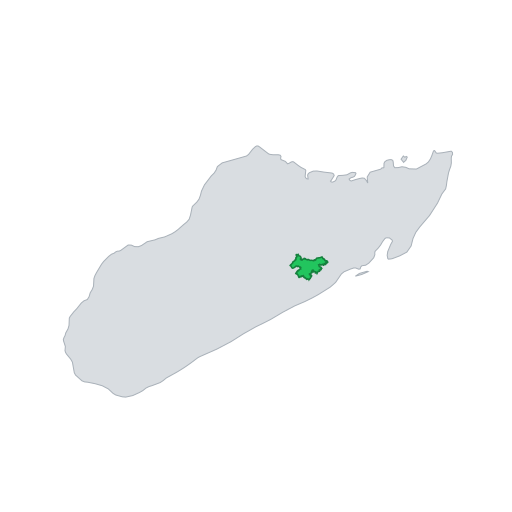 Ambatondrazaka, Alaotra-Mangoro, Madagascar shown in context, rotated 44°
{"feature_id": "10022922B15285270155057", "entity_name": "Ambatondrazaka", "entity_type": "district", "adm_level": 2, "iso_a3": "MDG", "parent_name": "Madagascar", "parent_adm1": "Alaotra-Mangoro", "projection": "orthographic", "projection_center": [48.499, -17.866], "detail": "fine", "context": "in_parent", "style": "filled", "palette": "green", "viewbox_px": 512, "rotation_deg": 44, "n_neighbors": 0, "source": "geoboundaries", "source_scale": "gbopen_adm2", "svg_char_len": 8576}
<svg xmlns="http://www.w3.org/2000/svg" viewBox="0 0 512 512"><g transform="rotate(44 256 256)"><path d="M333.7,56.0L335.1,59.2L336.7,62.4L341.7,70.0L343.9,72.9L345.8,76.0L346.6,82.2L349.8,91.8L352.7,106.3L353.6,121.1L354.5,127.9L356.8,134.4L360.6,141.0L361.8,148.4L359.3,156.0L355.9,163.2L355.0,164.5L353.4,166.3L352.6,166.3L349.9,164.4L347.7,161.3L344.9,154.2L343.9,150.5L342.8,150.0L339.4,150.3L337.0,152.5L336.6,153.9L337.1,157.9L338.0,161.6L338.4,165.2L338.4,169.9L339.3,171.3L340.6,172.5L341.9,175.5L342.1,182.7L341.3,186.4L338.9,189.5L339.0,191.2L339.9,193.0L339.1,194.1L336.0,195.4L334.7,196.6L333.0,199.8L330.3,206.2L329.9,209.6L331.6,219.7L331.0,226.8L327.6,240.5L325.6,247.0L322.8,254.8L318.5,265.0L314.3,277.9L310.7,291.1L308.0,299.0L305.1,306.9L301.0,320.7L297.6,334.7L292.5,350.2L285.5,367.4L284.8,369.6L283.4,378.4L281.9,386.0L280.0,393.6L276.2,406.1L275.8,409.9L275.0,413.6L271.3,421.4L269.7,424.3L268.6,427.4L268.1,431.3L267.0,435.1L264.3,442.0L260.3,448.0L257.6,450.2L251.7,453.4L248.7,454.1L242.1,454.2L235.6,456.1L229.0,459.6L222.6,463.7L220.2,465.6L217.5,466.7L208.9,467.0L206.4,466.2L197.7,459.9L194.3,458.9L188.0,458.2L186.1,457.7L184.4,456.8L181.7,453.5L176.6,450.8L175.4,449.9L174.5,447.9L173.9,445.8L172.6,443.5L171.4,439.0L169.7,435.8L164.8,430.3L164.3,428.5L163.7,422.6L163.7,418.6L163.0,411.2L163.4,407.7L164.9,404.5L164.2,401.2L162.3,397.6L161.5,394.0L160.1,390.6L155.0,384.7L153.7,381.8L152.8,378.7L150.6,369.2L150.2,365.8L150.3,358.7L150.8,355.1L152.0,352.5L152.2,350.6L152.9,348.9L154.1,347.6L154.8,346.0L156.4,336.9L158.7,334.8L162.1,333.6L164.9,331.1L166.4,327.9L167.8,321.3L172.1,314.6L173.6,311.1L177.0,305.8L180.0,298.5L180.9,295.0L181.5,291.4L182.1,283.7L182.6,279.8L182.4,276.0L180.5,272.1L176.0,265.0L175.8,263.7L176.0,258.4L175.5,254.6L173.8,250.8L171.7,247.2L169.5,240.6L168.2,229.5L168.3,225.4L167.6,221.9L166.1,218.5L167.0,212.5L179.7,190.7L180.1,188.1L179.4,181.6L179.6,177.7L180.1,176.3L181.1,175.4L183.3,175.0L194.0,173.8L195.4,173.2L198.0,171.3L201.7,167.7L203.3,166.7L204.8,167.0L205.7,168.5L207.0,169.3L211.3,167.6L212.9,167.6L214.6,167.8L215.4,166.3L215.9,164.3L216.5,163.0L217.6,162.2L223.2,161.6L226.8,161.0L231.4,159.6L232.4,159.9L236.1,164.7L237.3,165.2L238.7,165.3L240.0,164.4L236.9,161.9L236.4,160.4L236.6,158.8L238.2,155.2L240.8,152.5L246.8,148.3L253.1,143.5L254.9,143.1L256.4,143.9L257.6,149.5L257.5,150.4L258.5,150.5L259.7,149.8L260.7,147.5L260.7,145.6L259.9,143.8L259.4,142.3L259.4,140.9L262.5,137.6L265.0,134.4L266.2,130.6L267.2,128.9L269.8,126.9L270.6,127.2L271.2,128.8L271.5,130.5L270.9,132.1L269.9,133.8L269.5,136.0L271.0,136.4L272.4,135.9L274.5,131.9L276.8,128.1L278.2,126.1L279.9,124.8L282.9,125.0L285.7,125.9L281.1,121.9L279.9,116.4L285.4,106.9L285.4,105.0L286.2,104.4L286.6,103.6L283.7,100.4L283.2,98.8L283.6,96.4L284.9,94.3L286.2,92.8L287.9,92.2L289.3,93.0L292.4,95.7L294.5,96.1L297.0,93.5L299.0,90.4L302.1,88.2L305.6,86.9L311.0,82.0L314.4,71.6L314.7,68.6L314.0,64.9L312.7,61.5L310.7,57.1L311.2,56.1L314.1,56.7L315.1,56.1L318.3,52.3L323.6,45.0L325.3,45.0L326.8,46.3L327.3,48.4L328.4,49.9L331.9,53.4L333.7,56.0ZM297.1,85.0L297.2,86.1L293.1,85.6L292.5,81.7L294.5,81.6L294.9,80.0L296.1,79.8L297.4,83.3L297.1,85.0ZM344.9,195.8L341.5,201.5L342.5,196.7L346.5,189.8L347.6,189.3L344.9,195.8Z" fill="#d9dde1" stroke="#a8b0b8" stroke-width="1"/><path d="M287.5,239.1L288.1,239.0L288.6,239.1L289.8,239.5L290.6,239.5L291.0,239.2L291.5,237.9L291.7,237.1L291.7,236.4L291.8,236.2L292.0,236.0L291.8,235.4L292.2,234.9L292.6,234.7L293.3,234.7L293.4,234.4L293.4,233.9L294.4,233.8L295.0,233.6L295.3,233.7L295.5,233.5L295.5,233.2L295.8,233.1L296.1,233.1L296.2,233.3L296.3,233.3L296.5,233.6L296.4,233.7L296.6,233.8L296.6,234.2L296.8,234.3L296.6,234.4L296.6,234.7L296.8,234.9L296.7,235.1L296.7,235.5L296.6,236.0L296.7,236.3L296.8,236.4L296.8,236.5L296.7,236.6L296.4,236.6L296.3,236.9L296.3,237.1L296.5,237.2L296.4,237.4L296.5,237.4L296.5,237.6L296.7,237.8L296.4,238.3L296.5,238.6L296.3,239.1L296.4,239.4L296.5,239.4L296.5,239.6L296.5,240.1L296.7,240.8L296.8,241.0L297.0,240.9L297.0,240.0L297.3,239.9L297.4,240.0L297.5,240.3L297.8,240.3L298.0,240.6L298.3,240.7L299.1,240.4L299.4,240.6L301.1,241.3L301.3,241.0L301.5,241.2L301.6,241.3L301.7,241.0L301.9,241.0L301.7,240.6L301.8,240.3L302.0,240.3L301.9,240.1L302.4,239.6L302.6,239.6L302.8,239.7L303.0,239.5L303.0,239.4L302.9,239.3L303.1,238.9L303.2,238.7L303.3,238.6L303.1,238.5L303.3,238.4L303.6,238.2L303.6,237.8L303.4,237.6L303.5,237.4L303.9,237.8L304.1,237.7L304.3,237.4L304.5,237.4L304.7,237.7L305.1,237.8L305.3,237.9L305.3,238.0L305.8,237.9L306.0,238.0L306.2,237.5L306.4,237.5L306.7,237.3L307.1,237.5L307.5,237.6L307.7,237.4L308.0,237.3L308.5,237.6L308.6,237.3L308.8,237.2L308.9,236.6L309.1,236.5L309.3,236.6L309.5,236.6L309.6,236.4L310.0,236.4L310.3,236.1L310.5,236.2L310.4,235.9L310.6,235.7L310.3,235.5L310.3,235.2L310.6,234.4L310.3,233.7L310.1,233.5L310.0,233.3L310.2,232.9L310.1,232.3L309.8,232.2L309.8,231.6L309.5,231.6L309.4,231.7L309.1,231.6L308.7,232.3L308.5,232.2L308.1,231.9L307.8,231.9L307.7,231.9L307.4,232.1L307.3,231.9L307.0,231.8L307.0,231.7L307.3,231.6L307.2,231.3L307.3,231.2L307.2,231.2L307.5,230.7L307.4,230.5L307.6,229.8L307.8,229.5L307.8,229.3L307.7,229.3L307.6,229.1L307.4,229.0L307.2,229.0L307.2,228.7L306.9,228.4L306.7,228.4L306.6,228.2L306.8,228.1L307.1,227.9L307.0,227.7L306.8,227.6L306.9,227.3L306.6,227.0L306.8,226.9L306.6,226.8L306.7,226.6L306.9,226.4L307.5,226.4L307.7,226.6L307.9,226.8L307.9,227.3L308.3,227.6L308.6,227.2L308.6,226.8L308.8,226.8L309.0,226.9L309.2,226.4L309.6,226.2L309.9,225.8L310.0,225.9L310.1,226.2L310.3,226.3L310.5,226.3L310.7,226.8L310.8,226.7L310.9,226.4L311.0,226.0L311.3,225.9L311.7,225.9L311.8,226.0L312.0,226.1L311.9,225.7L311.7,225.5L311.5,224.8L311.5,224.0L311.4,223.8L311.6,223.6L311.9,223.5L311.9,223.3L312.1,223.1L312.3,222.9L312.3,222.7L312.2,222.6L311.7,222.4L311.5,222.2L311.8,222.1L311.7,221.9L311.8,221.9L312.0,221.5L312.1,221.3L312.2,221.2L312.3,220.5L312.1,220.4L311.9,220.3L311.8,220.5L311.5,220.4L311.5,220.0L311.7,219.6L311.6,219.4L311.7,219.2L311.2,219.2L310.9,219.0L310.6,219.1L310.2,219.0L309.5,219.5L309.3,219.4L309.0,219.5L308.9,219.6L308.5,219.4L308.3,219.3L308.2,219.4L307.9,219.3L307.7,218.9L307.7,218.7L307.3,218.6L307.6,218.3L307.6,217.9L307.9,218.0L308.0,217.9L308.2,217.6L308.6,217.7L308.8,217.6L309.0,217.5L309.1,217.3L308.8,217.1L308.9,216.9L309.1,216.7L309.3,216.3L309.3,216.2L309.2,216.2L309.6,216.0L309.7,215.7L309.8,215.7L310.2,215.7L310.4,216.0L310.6,216.0L311.0,215.8L311.0,215.7L311.1,215.1L311.0,214.9L310.9,214.7L310.7,214.5L310.6,214.3L310.5,214.2L310.4,214.1L310.5,214.0L311.0,214.0L310.9,213.9L311.1,213.6L311.3,213.7L311.6,213.6L311.8,213.5L311.4,212.9L311.1,213.0L310.8,212.7L310.8,212.3L310.9,212.2L310.9,211.8L311.3,211.9L311.3,212.1L311.7,212.3L311.7,211.9L311.9,211.7L312.0,210.9L311.9,210.5L311.1,210.5L310.9,210.8L310.7,210.7L310.6,210.4L310.8,210.3L310.7,210.2L310.3,210.4L310.2,210.4L310.1,210.7L309.8,210.7L309.5,211.2L309.4,211.3L309.0,211.1L308.9,211.3L308.6,211.4L307.9,211.2L307.7,211.1L307.7,210.9L307.4,210.8L307.0,211.0L306.9,211.1L306.7,210.9L306.3,211.1L306.2,211.1L306.0,211.3L305.7,211.2L305.6,211.3L305.3,211.1L305.0,211.0L304.7,211.1L304.1,210.8L303.1,213.0L302.4,213.6L302.3,213.9L302.2,214.2L301.3,215.1L301.2,215.4L301.3,216.5L301.4,217.0L301.7,217.5L301.6,217.8L300.9,217.9L300.7,218.2L300.6,218.5L300.9,218.9L300.9,219.3L300.3,219.5L299.9,219.9L299.0,220.4L298.3,221.3L298.0,221.4L297.6,221.8L296.6,221.9L296.2,222.1L296.1,222.4L295.9,222.4L295.9,222.8L295.8,223.0L295.5,223.1L295.3,223.1L295.2,223.3L294.9,223.3L294.5,223.6L294.0,223.8L293.8,223.7L293.5,223.8L293.3,223.7L293.1,224.0L292.7,224.1L292.8,224.2L292.7,224.4L292.7,224.7L292.6,224.9L292.3,224.9L292.1,225.2L292.0,225.7L291.9,225.8L291.8,226.0L291.9,226.3L291.8,226.8L291.7,226.9L291.8,227.0L291.6,227.1L291.4,227.4L291.1,227.1L291.0,227.4L290.9,227.4L290.4,227.4L290.2,227.5L290.0,227.3L289.9,227.1L289.8,226.1L289.1,225.7L288.6,225.6L287.8,225.5L287.0,226.0L286.5,226.1L286.4,226.1L286.1,225.8L285.5,225.7L285.2,225.6L285.2,226.2L285.0,226.3L285.0,226.2L284.4,226.6L284.2,226.7L284.0,227.0L284.3,227.2L284.5,227.6L285.8,227.8L286.0,228.7L285.8,228.9L285.9,229.6L286.2,229.9L286.4,229.8L286.7,230.3L286.9,230.4L287.0,230.6L286.7,230.9L286.8,231.5L287.2,231.6L287.1,231.9L287.1,233.2L286.7,233.8L286.7,234.0L286.8,234.2L286.7,234.4L286.8,234.6L286.7,235.0L286.8,235.2L287.2,235.5L287.3,235.7L287.2,236.0L287.2,237.1L287.1,237.4L287.1,237.6L287.3,237.7L287.3,238.0L287.1,238.2L287.1,238.6L287.5,238.7L287.6,238.8L287.5,239.1Z" fill="#22c55e" stroke="#15803d" stroke-width="1.5"/></g></svg>